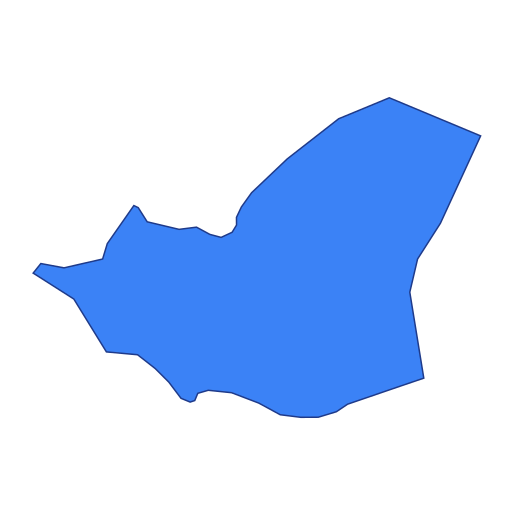 the Municipality of Logatec, rotated 271°
{"feature_id": "SVN-964", "entity_name": "Logatec", "entity_type": "Municipality", "adm_level": 1, "iso_a3": "SVN", "parent_name": "Slovenia", "parent_adm1": "", "projection": "albers", "projection_center": [14.177, 45.942], "detail": "fine", "context": "isolated", "style": "filled", "palette": "blue", "viewbox_px": 512, "rotation_deg": 271, "n_neighbors": 0, "source": "natural_earth", "source_scale": "10m", "svg_char_len": 691}
<svg xmlns="http://www.w3.org/2000/svg" viewBox="0 0 512 512"><g transform="rotate(271 256 256)"><path d="M235.0,33.5L244.7,41.0L240.8,64.2L250.3,102.7L265.8,107.1L304.3,133.0L302.3,137.4L288.3,146.6L281.3,178.6L283.8,196.0L276.8,209.5L274.0,220.8L279.3,231.7L286.6,236.0L294.3,235.8L304.7,240.5L319.2,250.5L353.7,285.6L394.7,336.3L416.5,386.5L380.0,478.5L291.9,439.8L255.8,417.6L222.5,410.4L136.8,425.9L128.5,402.8L109.4,350.1L101.7,339.1L95.9,321.1L95.5,303.5L97.7,283.0L109.0,261.3L118.9,233.9L120.9,210.6L117.7,200.2L110.4,197.3L108.8,192.7L112.4,183.5L128.4,171.0L141.7,157.2L155.2,139.3L157.5,108.1L209.8,74.6L235.0,33.5Z" fill="#3b82f6" stroke="#1e3a8a" stroke-width="1.5"/></g></svg>